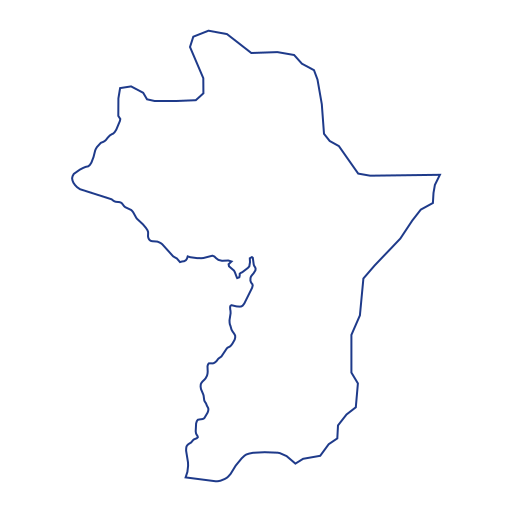 outline of Kouroussa
{"feature_id": "GIN-5647", "entity_name": "Kouroussa", "entity_type": "Prefecture", "adm_level": 1, "iso_a3": "GIN", "parent_name": "Guinea", "parent_adm1": "", "projection": "orthographic", "projection_center": [-10.311, 10.531], "detail": "fine", "context": "isolated", "style": "outline", "palette": "blue", "viewbox_px": 512, "rotation_deg": 0, "n_neighbors": 0, "source": "natural_earth", "source_scale": "10m", "svg_char_len": 3320}
<svg xmlns="http://www.w3.org/2000/svg" viewBox="0 0 512 512"><path d="M295.4,463.6L286.6,456.1L279.8,453.1L277.6,452.7L264.7,452.2L252.9,452.8L249.1,453.6L246.3,454.5L245.4,455.1L244.6,455.6L241.7,458.3L235.7,465.6L230.6,473.9L228.2,476.6L226.8,477.8L224.7,479.0L220.5,480.7L218.0,481.2L215.9,481.3L185.6,477.4L187.4,471.9L188.1,465.8L188.0,462.4L186.1,450.7L186.2,448.2L186.5,446.5L187.1,445.5L187.9,444.6L188.8,443.9L191.1,442.5L193.1,440.1L194.1,439.3L196.7,438.3L197.8,437.3L197.7,436.5L197.2,435.5L196.5,434.5L196.0,433.3L195.7,431.3L196.1,423.5L196.8,421.2L197.8,419.8L199.2,419.5L202.2,419.1L203.5,418.7L204.4,418.0L207.6,412.6L208.2,410.8L208.4,409.1L208.1,407.9L206.9,405.7L206.0,403.4L204.6,401.3L204.2,400.1L203.6,395.6L203.2,394.3L201.0,389.1L200.6,386.6L200.7,385.1L200.8,384.2L201.3,383.1L202.5,381.5L204.5,379.6L205.6,378.3L207.0,375.7L207.5,373.7L207.7,371.6L207.5,366.2L208.0,364.5L208.8,363.4L210.0,363.3L212.5,363.4L213.6,363.2L214.7,362.6L215.6,361.9L216.5,361.1L217.2,360.2L217.9,359.2L218.7,358.4L221.4,356.5L226.6,348.7L227.5,347.7L229.8,346.6L231.1,345.4L232.5,343.5L234.7,339.6L235.2,337.5L235.2,335.8L234.7,334.6L233.4,332.6L232.7,331.7L231.5,329.6L230.4,325.7L229.9,324.5L229.6,322.7L229.5,320.3L230.6,313.2L230.5,310.9L230.2,309.3L230.1,307.0L230.5,305.8L231.5,305.2L236.5,306.4L239.5,306.6L241.1,306.5L242.6,305.7L244.3,303.5L252.1,287.8L252.7,285.5L252.4,284.2L251.6,283.3L250.9,282.1L250.4,280.6L250.5,278.0L251.0,276.5L252.1,275.0L253.5,273.4L255.4,270.4L255.6,268.7L255.2,267.4L254.5,266.4L254.0,265.4L253.7,264.4L252.8,257.8L251.9,257.1L249.8,258.3L250.0,262.2L249.3,266.4L247.8,268.0L242.3,272.2L240.6,273.0L239.7,273.8L239.7,275.6L239.3,277.3L237.2,278.1L236.7,277.1L234.9,272.3L234.0,270.6L229.0,266.3L228.6,264.2L231.5,261.5L228.3,260.5L222.0,260.8L218.4,259.9L216.0,258.1L214.4,256.5L212.4,255.7L203.5,258.0L201.5,258.2L196.9,258.1L190.2,257.2L187.7,256.4L187.0,258.6L185.9,260.2L184.2,261.2L182.0,261.5L180.0,262.1L176.8,258.4L175.6,257.8L173.1,256.3L162.2,244.2L160.7,243.1L159.1,242.3L157.4,241.6L152.2,241.2L150.9,240.9L149.8,240.2L149.0,239.3L148.3,237.8L148.0,236.2L148.1,233.9L148.1,232.0L147.5,230.3L146.0,228.0L143.0,224.4L137.1,218.9L136.3,217.9L133.2,212.3L132.2,211.0L131.2,210.0L125.3,207.2L124.2,206.3L121.9,203.3L120.7,202.5L119.3,202.1L115.9,201.8L114.6,201.4L113.5,200.8L111.6,199.3L80.0,189.2L77.0,187.1L75.0,185.0L73.4,182.7L72.5,180.5L72.1,178.2L72.6,176.1L73.8,173.9L79.9,169.6L83.2,167.9L85.6,166.9L88.3,166.3L89.9,164.9L91.4,162.6L93.5,157.1L95.2,150.4L95.9,148.8L97.0,147.0L100.3,143.4L100.9,142.8L103.2,141.9L104.6,141.1L105.9,140.0L107.7,137.7L109.9,135.4L112.0,134.1L113.2,133.6L114.7,132.1L116.3,129.6L119.9,121.0L120.3,119.0L118.3,115.9L118.4,98.4L120.1,88.1L131.1,86.4L143.2,92.8L147.0,99.3L154.6,101.0L176.5,101.0L195.8,100.2L203.4,93.3L203.3,78.2L190.0,47.0L193.3,36.7L208.5,30.7L227.0,34.1L251.3,53.0L277.4,52.1L294.1,55.0L301.9,63.7L314.0,70.2L317.5,79.6L321.8,104.2L324.0,133.8L329.7,141.0L338.9,146.1L347.5,158.4L358.2,173.6L370.2,175.7L439.9,174.8L434.9,184.9L433.5,192.9L432.9,203.0L420.8,209.6L412.3,220.5L400.3,238.6L374.7,265.4L363.4,278.5L359.9,315.4L351.4,334.9L351.4,372.6L357.9,383.4L355.8,407.3L346.5,414.5L338.0,425.4L337.3,438.4L328.7,444.2L320.2,455.8L303.1,458.8L295.4,463.6Z" fill="none" stroke="#1e3a8a" stroke-width="2"/></svg>